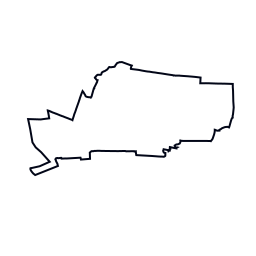 outline of Coteana, Olt, Romania, rotated 14°
{"feature_id": "2599482B13095834850440", "entity_name": "Coteana", "entity_type": "district", "adm_level": 2, "iso_a3": "ROU", "parent_name": "Romania", "parent_adm1": "Olt", "projection": "robinson", "projection_center": [24.45, 44.293], "detail": "fine", "context": "isolated", "style": "outline", "palette": "ink", "viewbox_px": 256, "rotation_deg": 14, "n_neighbors": 0, "source": "geoboundaries", "source_scale": "gbopen_adm2", "svg_char_len": 5240}
<svg xmlns="http://www.w3.org/2000/svg" viewBox="0 0 256 256"><g transform="rotate(14 128 128)"><path d="M59.3,188.9L69.2,181.8L68.7,180.9L68.3,180.0L68.0,179.6L66.3,177.7L66.2,177.5L65.8,176.8L65.7,176.6L65.4,176.4L65.2,176.2L65.1,175.8L65.3,175.4L65.5,175.1L65.5,174.8L65.6,174.7L66.7,174.2L67.1,174.1L67.5,174.2L68.1,174.0L70.4,173.1L70.5,173.1L70.9,173.8L74.9,172.6L75.6,172.5L89.1,168.3L89.3,168.6L89.6,169.2L90.0,170.0L98.6,167.1L96.9,161.1L97.1,160.9L97.3,160.6L97.6,160.0L98.1,159.5L98.3,159.3L98.5,159.2L98.8,159.1L99.3,159.1L99.6,159.0L99.9,158.9L100.2,158.8L100.6,158.5L100.8,158.4L102.1,158.1L102.9,157.8L104.4,157.4L106.9,156.8L107.6,156.7L114.9,155.0L119.0,154.0L123.7,152.9L128.5,151.6L129.7,151.3L130.8,151.0L131.5,151.0L131.8,151.1L133.0,150.7L134.3,150.4L139.6,149.0L139.8,149.2L139.9,149.3L140.1,149.2L140.3,149.1L141.2,148.7L141.6,149.9L142.0,151.0L142.6,152.3L149.4,151.0L157.8,149.4L165.4,148.1L166.3,147.9L167.6,147.6L169.3,147.3L169.5,147.2L169.8,147.2L170.7,146.4L170.9,146.1L170.9,145.9L170.8,145.3L170.3,143.2L169.5,143.3L169.0,143.2L168.9,143.2L168.5,142.9L168.0,142.3L167.8,141.9L167.6,141.5L167.7,141.1L167.7,140.0L171.8,139.8L172.2,139.7L172.5,140.1L172.9,140.8L173.0,140.7L173.2,140.3L173.4,139.8L173.5,139.8L174.0,139.7L173.9,139.4L173.7,139.2L173.5,138.8L173.5,138.6L173.6,138.4L173.9,138.2L173.5,137.8L173.5,137.7L173.7,137.4L173.9,137.5L174.1,137.4L174.1,137.1L173.7,136.9L173.3,136.7L173.2,136.5L173.2,136.4L173.3,136.4L173.7,136.4L173.8,136.3L175.2,136.3L177.9,136.2L179.6,136.1L179.3,135.6L179.7,135.5L180.4,135.0L180.5,134.9L180.4,134.9L180.2,135.0L179.5,135.3L179.3,135.4L179.2,135.5L178.5,134.9L177.8,134.1L177.5,133.9L177.5,133.7L177.9,133.4L178.1,133.1L178.3,132.9L178.5,132.6L179.3,132.1L179.7,132.0L180.0,131.9L180.6,131.6L181.0,131.3L181.4,130.9L181.8,130.7L182.1,129.9L182.2,129.0L182.2,128.5L182.1,128.2L181.8,127.5L182.1,127.4L182.5,127.7L210.5,120.8L211.2,120.7L211.3,120.6L211.6,120.7L212.6,118.4L212.7,117.7L212.8,117.1L213.0,114.6L213.1,113.7L213.1,113.0L213.1,112.7L213.1,112.1L213.1,111.6L213.0,110.5L212.9,109.8L212.7,109.1L212.6,108.7L213.2,108.7L214.6,109.0L215.1,109.0L215.6,108.9L216.1,108.8L216.6,108.6L217.3,108.4L217.2,108.1L217.0,107.9L217.5,107.3L217.7,107.2L217.9,107.1L218.0,106.9L218.3,106.7L219.2,105.6L219.5,105.3L219.8,105.1L220.5,104.6L221.2,104.1L221.8,103.7L222.1,103.6L222.5,103.4L223.7,103.0L224.2,102.8L224.4,102.8L225.9,103.0L226.0,102.2L226.2,95.9L226.3,94.8L226.4,93.7L226.5,93.3L227.1,92.7L226.9,91.9L226.6,91.2L226.6,89.5L225.9,84.5L225.6,82.5L223.7,76.6L221.7,69.3L220.9,66.4L219.8,63.0L219.0,59.9L211.1,61.6L203.4,63.4L196.3,64.9L192.8,65.7L190.6,66.3L187.3,67.1L186.2,61.5L181.4,62.1L178.7,62.5L173.1,63.4L169.2,64.1L165.7,64.7L165.4,64.7L165.0,64.8L163.6,65.1L162.8,65.3L162.1,65.5L161.5,65.7L161.2,65.7L159.9,65.8L159.5,66.1L159.3,66.1L158.8,65.9L155.8,66.2L153.8,66.4L146.9,67.0L143.5,67.4L140.9,67.6L138.6,67.9L134.7,68.2L134.2,68.3L133.8,68.4L131.9,68.6L127.7,68.9L124.9,69.0L123.8,69.1L122.1,69.3L116.5,70.0L116.4,69.9L116.3,68.4L116.3,68.1L116.3,67.8L116.6,66.5L114.8,66.4L108.2,65.7L106.5,65.5L106.2,65.5L105.5,65.7L105.3,65.8L104.6,66.0L104.0,66.1L103.6,66.4L102.9,66.9L102.2,67.3L101.9,67.5L101.7,67.7L101.3,68.5L101.3,68.8L100.7,70.0L100.6,70.4L100.5,70.9L100.4,71.1L100.3,71.3L100.3,71.5L100.2,71.7L100.0,71.8L99.8,72.0L99.6,72.1L99.3,72.1L98.8,72.4L98.5,72.5L97.9,72.7L97.7,72.8L97.0,73.1L96.8,73.2L95.8,73.3L95.2,73.3L94.9,73.5L94.1,75.4L93.8,76.0L93.6,76.4L92.6,77.4L92.2,77.9L91.5,78.5L91.4,78.6L90.8,78.9L90.5,79.2L90.1,79.5L89.5,80.2L89.4,80.3L89.2,80.5L89.1,81.3L89.1,82.2L89.0,82.6L88.9,82.8L88.6,83.0L87.8,83.2L86.0,83.6L85.7,83.7L85.5,83.9L85.1,84.3L84.9,84.7L84.7,84.9L84.4,85.6L84.4,85.8L84.3,86.0L84.2,86.3L83.8,86.7L83.7,86.8L83.6,87.0L83.8,87.4L84.0,87.5L84.5,87.8L85.5,88.6L85.8,88.8L86.1,88.9L86.5,89.0L86.9,89.0L86.8,89.6L86.9,90.6L86.8,91.3L86.7,91.3L86.5,92.2L86.4,93.0L85.8,95.6L85.7,95.9L85.3,97.7L85.6,97.8L85.2,99.2L85.0,106.5L84.6,107.1L84.5,107.5L83.9,107.3L83.6,107.4L83.1,107.5L82.5,107.6L81.8,107.7L80.8,107.7L80.2,107.7L79.7,107.6L79.2,107.3L78.9,107.1L78.4,106.3L77.2,105.2L76.3,104.2L75.9,103.9L75.0,103.2L74.9,104.0L74.7,105.0L74.4,107.7L74.2,109.9L74.1,110.6L74.1,110.9L74.1,111.5L74.1,111.9L74.0,112.3L74.0,112.9L74.0,113.1L73.9,113.4L73.9,114.4L73.8,115.1L73.6,117.3L73.5,118.1L73.3,120.3L73.1,122.2L73.1,122.9L73.0,123.7L72.9,124.9L72.8,126.1L72.7,126.4L72.6,126.7L72.6,127.2L72.6,127.6L72.5,128.1L72.5,129.2L72.5,129.5L72.3,131.9L72.3,132.3L72.2,133.3L72.2,133.6L72.2,133.8L71.9,133.7L71.2,133.6L70.4,133.5L69.9,133.5L69.5,133.4L69.1,133.4L68.1,133.2L63.8,132.7L63.2,132.6L62.6,132.5L61.8,132.4L61.0,132.4L60.3,132.3L60.0,132.2L59.4,132.2L58.2,132.0L57.5,131.9L55.5,131.6L55.2,131.5L54.8,131.6L54.4,131.5L51.9,131.2L51.5,131.2L50.9,131.1L49.7,130.9L49.0,130.7L48.8,130.8L47.8,130.5L45.9,130.4L46.0,130.7L46.5,131.6L46.7,132.0L47.8,134.4L48.3,135.5L48.6,136.3L49.2,137.7L47.1,138.5L43.5,139.9L41.3,140.8L28.9,143.5L33.4,152.8L38.8,165.1L43.1,169.1L49.6,172.5L60.2,179.7L52.8,185.5L51.5,186.5L50.5,187.0L44.9,189.8L43.1,190.6L43.1,190.9L43.2,191.4L43.4,191.8L44.0,192.6L44.6,193.2L45.2,193.7L45.7,194.1L47.1,195.1L48.7,195.8L49.3,196.1L59.3,188.9Z" fill="none" stroke="#020617" stroke-width="2"/></g></svg>